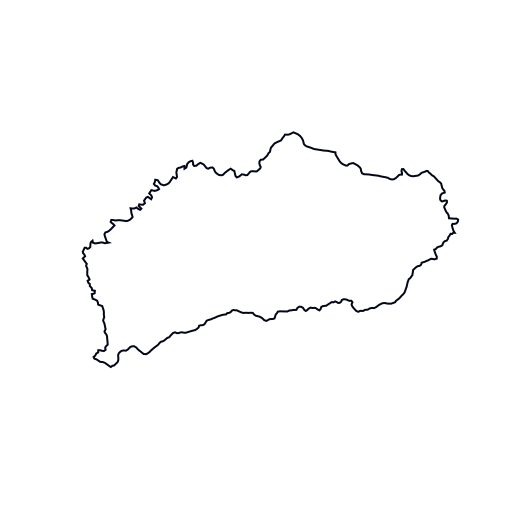 Mukurweni, Central, Kenya (Albers equal-area conic projection), rotated 322°
{"feature_id": "3690345B52369638144759", "entity_name": "Mukurweni", "entity_type": "district", "adm_level": 2, "iso_a3": "KEN", "parent_name": "Kenya", "parent_adm1": "Central", "projection": "albers", "projection_center": [37.081, -0.579], "detail": "fine", "context": "isolated", "style": "outline", "palette": "ink", "viewbox_px": 512, "rotation_deg": 322, "n_neighbors": 0, "source": "geoboundaries", "source_scale": "gbopen_adm2", "svg_char_len": 6113}
<svg xmlns="http://www.w3.org/2000/svg" viewBox="0 0 512 512"><g transform="rotate(322 256 256)"><path d="M426.9,360.1L427.1,357.9L427.8,355.7L429.3,352.3L430.7,351.7L432.4,353.0L434.1,353.7L436.2,353.2L437.7,351.7L436.9,349.9L434.9,348.4L431.3,345.1L432.7,342.8L433.2,340.6L433.0,339.2L433.3,337.3L434.3,333.5L435.3,332.5L437.4,332.1L439.4,331.4L440.4,330.0L439.3,328.7L437.7,328.2L436.1,327.5L435.7,325.8L436.2,324.3L437.3,323.1L438.9,321.7L441.1,321.3L443.8,322.2L444.6,320.6L444.5,318.9L444.6,317.1L446.5,312.9L446.3,311.0L445.7,309.4L445.2,302.6L444.4,300.9L444.1,298.5L443.6,296.4L443.7,294.9L442.7,293.9L441.1,293.6L437.7,292.4L435.4,292.6L433.1,292.3L428.9,289.9L427.5,288.5L426.5,286.9L425.9,284.9L425.6,280.3L425.7,278.3L424.5,277.4L422.9,278.6L422.2,280.5L421.1,281.7L419.8,280.7L418.4,280.2L416.5,280.5L414.2,280.7L412.0,280.4L410.4,279.5L409.4,278.4L408.6,277.1L408.2,275.8L407.1,274.3L403.2,269.9L401.7,267.9L397.9,264.2L395.0,261.1L391.4,258.0L390.5,256.1L391.1,253.9L392.2,251.9L392.4,250.4L391.9,247.5L391.4,246.1L389.8,242.6L387.9,241.6L385.7,240.8L383.8,241.0L382.5,240.1L380.8,236.8L380.3,234.7L380.2,233.0L380.9,227.0L381.3,224.8L382.4,223.2L379.7,220.3L377.5,217.5L374.3,214.6L367.5,207.3L366.0,204.6L363.3,200.6L362.8,199.1L362.7,197.2L364.2,193.9L364.7,191.1L364.6,188.5L364.0,185.9L361.6,181.6L357.4,180.8L355.9,180.1L353.6,178.2L351.7,178.9L349.1,179.5L347.1,180.3L345.1,179.9L343.4,179.4L339.9,178.7L334.4,179.9L332.5,181.3L331.2,182.5L329.1,182.7L326.6,183.8L322.9,184.2L320.9,184.3L319.0,183.1L317.0,183.6L315.5,185.3L314.9,187.0L314.5,188.8L313.2,189.6L308.7,189.8L306.8,188.3L305.6,187.1L304.2,186.2L302.7,186.1L301.1,186.5L299.0,186.9L297.5,185.9L296.3,184.1L295.1,182.9L292.0,183.0L289.3,182.3L289.1,180.3L291.3,175.6L290.5,174.1L289.8,171.6L287.2,171.3L282.9,171.3L279.8,171.7L278.3,171.0L276.6,169.2L275.8,166.6L275.6,164.9L275.9,163.2L276.5,161.4L276.3,159.6L275.2,158.7L273.6,158.0L272.1,157.8L271.2,156.4L271.1,151.8L270.5,150.2L269.5,148.3L266.8,148.0L264.6,148.1L262.7,147.0L262.7,145.2L263.8,143.9L264.5,141.8L262.8,141.0L260.9,140.7L258.7,141.0L255.6,143.4L253.4,143.2L255.0,141.0L253.4,140.3L251.3,139.9L249.1,138.9L247.6,138.7L244.7,141.1L242.4,145.1L240.6,145.6L239.2,142.7L233.3,144.7L231.7,144.9L229.5,144.6L226.8,143.5L225.9,142.0L225.1,140.8L225.0,138.9L225.2,135.7L223.6,133.9L221.7,135.5L219.9,136.3L219.9,138.4L221.1,140.2L221.1,142.0L220.8,143.6L219.4,143.5L217.7,143.0L216.1,142.2L214.1,139.7L210.4,140.9L210.8,143.8L210.2,145.8L208.3,146.7L207.2,142.8L205.3,142.4L201.8,143.5L201.0,146.0L198.6,146.1L196.9,144.6L195.8,143.4L194.4,144.3L194.8,148.1L193.1,148.3L192.2,146.5L191.6,144.1L189.5,143.7L188.2,142.8L186.5,141.2L185.7,143.2L184.2,145.5L182.8,149.3L181.4,149.6L179.4,149.8L177.2,149.5L175.5,148.8L170.9,144.1L169.7,143.1L167.1,141.5L165.6,139.7L164.2,138.5L162.4,139.7L163.2,143.3L163.3,144.8L157.6,145.6L155.3,145.7L153.6,145.4L151.8,144.7L150.0,145.5L149.2,147.1L147.2,153.0L148.1,154.7L144.8,152.9L143.3,150.8L142.0,149.8L139.2,148.4L136.9,147.0L135.7,145.0L136.6,143.3L134.7,143.4L133.3,144.2L130.9,146.9L129.0,147.1L127.6,146.6L127.2,144.9L126.1,144.0L122.1,146.0L121.5,147.3L121.6,149.0L121.2,151.0L118.0,151.3L117.8,156.0L117.8,158.0L116.1,159.1L115.1,162.6L113.4,164.4L111.2,167.3L110.9,170.2L110.3,172.1L108.1,171.8L107.4,173.8L107.8,175.7L106.6,177.3L106.8,180.3L105.8,182.1L107.6,184.2L105.9,186.0L104.5,185.7L103.2,184.9L102.0,186.9L101.0,189.1L102.2,191.0L103.3,193.4L102.8,195.2L101.7,197.2L104.0,200.8L102.5,205.0L101.3,207.0L100.2,208.2L98.7,210.8L97.0,211.8L95.7,212.9L95.0,215.8L92.4,221.1L90.1,222.2L89.7,223.7L89.8,225.4L89.3,227.3L85.7,232.9L84.5,234.6L82.6,234.7L80.8,235.3L79.7,237.3L77.9,237.3L76.4,236.1L75.1,234.2L73.7,233.1L72.3,234.8L70.1,234.5L68.0,235.5L65.8,235.6L65.5,237.5L66.7,239.3L68.0,243.4L70.0,245.3L71.1,247.1L73.2,254.1L75.2,254.1L76.8,254.9L81.6,254.4L83.2,253.4L84.3,252.2L85.5,250.4L86.7,248.9L88.3,248.1L90.2,247.9L91.7,248.0L93.5,248.9L95.2,250.5L97.1,250.8L100.9,250.3L102.6,250.8L104.4,252.1L105.3,254.4L105.4,256.3L105.7,258.3L106.2,260.0L107.1,264.0L109.1,265.8L111.5,266.1L113.2,266.1L114.9,265.8L119.0,265.6L124.3,265.7L126.0,265.2L128.1,265.0L130.0,265.8L131.5,266.1L135.6,265.9L137.8,266.6L139.6,266.1L143.4,265.6L145.2,266.3L146.1,268.0L147.5,269.1L149.1,269.6L150.4,270.3L152.5,272.6L153.8,273.4L159.1,275.4L162.4,276.9L164.5,277.1L166.8,277.0L168.2,275.9L169.7,276.5L171.6,277.8L173.6,278.0L177.3,276.6L179.3,277.2L181.6,278.2L183.2,278.5L184.8,279.1L189.0,280.1L193.4,281.8L196.6,283.6L198.2,283.3L199.8,284.3L201.5,284.6L203.4,284.2L205.0,284.6L205.9,285.7L207.3,286.8L209.7,291.4L210.9,293.0L213.3,294.7L215.0,296.2L216.5,297.2L218.4,298.8L218.5,301.1L219.0,302.8L221.4,305.9L222.3,307.8L222.8,309.8L223.0,311.7L224.3,313.6L227.8,314.1L230.7,316.1L232.2,316.6L235.4,314.3L237.1,314.0L239.0,313.3L240.9,314.4L246.5,319.0L248.8,319.5L250.4,320.6L252.5,321.7L254.6,323.3L256.8,322.4L259.0,322.6L260.4,324.0L261.1,325.6L260.9,328.0L261.3,329.9L262.7,330.2L264.7,329.9L267.1,330.2L268.5,331.8L269.8,332.6L270.9,333.6L271.8,336.5L272.5,337.9L274.4,337.5L275.9,336.4L277.5,336.5L280.8,338.4L287.2,338.9L288.5,340.2L290.4,340.5L291.2,341.8L291.8,343.6L293.3,344.5L295.2,344.3L296.6,343.5L298.6,344.1L300.5,346.0L301.3,347.7L302.2,349.0L303.6,350.0L303.5,351.9L301.7,352.8L301.0,354.2L300.8,356.8L301.2,361.1L302.3,363.0L304.2,363.3L306.7,365.3L308.7,365.5L310.3,366.7L311.7,367.2L313.3,367.3L315.4,368.3L316.9,369.7L318.8,370.2L322.9,370.3L326.4,371.0L327.8,371.8L329.2,373.0L330.0,374.2L333.0,376.7L337.2,378.1L338.7,377.5L342.3,377.6L344.6,377.3L346.4,376.9L348.2,376.8L350.6,376.2L355.7,373.0L359.5,369.9L362.2,368.3L363.9,368.4L367.5,367.3L371.3,363.7L375.3,363.4L377.2,363.6L378.8,364.5L380.6,364.5L382.5,363.3L385.5,364.5L387.5,364.9L388.8,365.4L390.4,365.6L392.5,366.1L394.6,368.5L396.8,369.3L398.1,367.8L398.5,365.6L399.6,362.3L400.3,360.7L401.9,361.2L404.0,360.8L405.5,361.1L407.2,361.9L409.4,362.3L410.7,361.4L412.3,360.6L414.1,360.6L415.8,361.3L417.9,360.6L419.2,359.5L421.0,359.1L423.0,358.3L424.1,359.4L425.7,359.1L426.9,360.1Z" fill="none" stroke="#020617" stroke-width="2"/></g></svg>